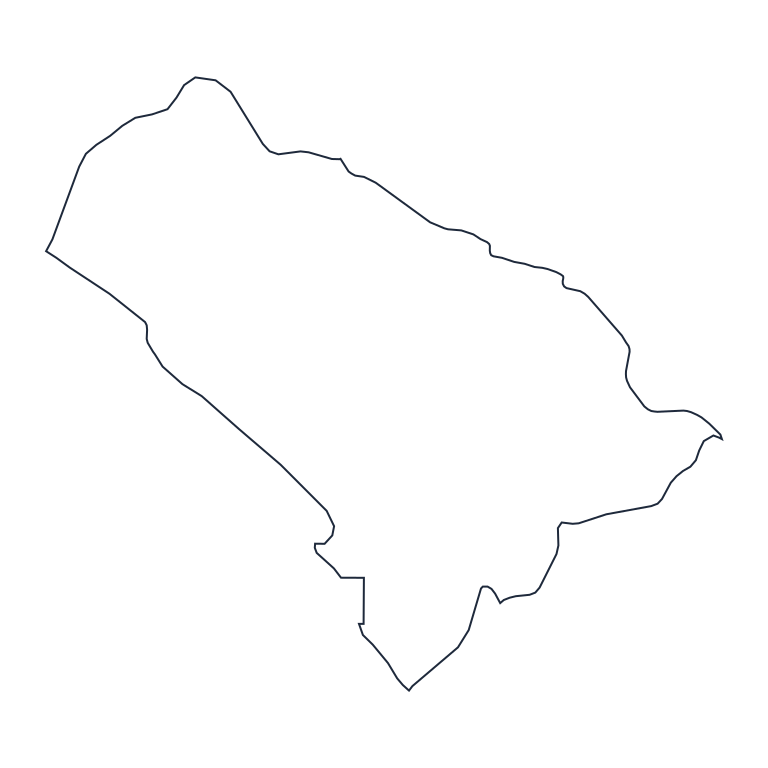 the Region of Kouilou
{"feature_id": "COG-3343", "entity_name": "Kouilou", "entity_type": "Region", "adm_level": 1, "iso_a3": "COG", "parent_name": "Republic of the Congo", "parent_adm1": "", "projection": "albers", "projection_center": [12.097, -4.264], "detail": "fine", "context": "isolated", "style": "outline", "palette": "slate", "viewbox_px": 768, "rotation_deg": 0, "n_neighbors": 0, "source": "natural_earth", "source_scale": "10m", "svg_char_len": 1915}
<svg xmlns="http://www.w3.org/2000/svg" viewBox="0 0 768 768"><path d="M721.9,439.1L719.0,437.6L713.4,435.5L703.8,441.1L699.2,450.5L695.9,460.2L690.4,466.7L683.1,470.9L676.5,476.2L670.8,482.7L662.0,499.0L657.6,503.7L651.2,506.1L606.3,514.3L578.7,523.3L572.7,523.8L561.7,522.5L557.9,528.1L558.4,545.5L556.5,554.0L539.6,587.6L535.3,592.6L529.6,594.8L515.8,596.2L509.7,597.7L503.8,600.0L500.2,603.1L495.1,593.6L491.5,588.9L487.6,586.6L482.8,586.6L481.0,588.5L468.7,630.1L458.0,647.3L412.4,686.1L409.0,690.6L402.8,685.0L397.2,678.4L388.0,663.1L372.8,644.7L362.9,635.0L359.0,623.9L363.6,623.9L363.9,577.8L341.0,577.7L333.9,568.4L316.7,552.9L314.8,547.8L315.1,543.7L324.6,543.8L332.3,535.4L334.1,526.2L326.7,510.9L280.7,464.8L238.7,428.8L201.7,396.1L182.5,384.2L162.6,366.6L154.9,354.3L153.0,351.7L147.7,342.8L146.7,338.9L147.1,329.9L146.7,325.3L145.1,322.1L109.4,293.7L69.8,267.6L56.2,257.7L46.1,251.2L52.4,239.4L79.2,166.6L85.9,153.8L96.4,144.8L110.2,135.8L122.3,125.8L135.3,117.8L152.0,114.4L167.5,109.2L176.5,97.6L184.1,85.1L195.3,77.4L215.6,80.3L230.6,91.8L262.8,143.9L269.6,151.3L278.4,154.3L300.5,151.4L308.6,152.3L331.9,159.0L339.5,159.2L340.5,158.8L348.6,171.5L351.4,173.5L355.2,175.6L364.0,176.9L375.7,182.7L430.1,222.3L444.3,228.3L448.0,229.3L461.3,230.4L473.4,234.4L480.5,239.1L487.0,242.1L489.2,244.0L489.9,245.8L489.8,250.7L490.2,253.2L491.2,255.2L493.5,256.3L501.9,257.8L514.2,261.9L524.7,263.8L534.5,267.0L542.2,267.8L547.5,269.0L556.3,272.1L560.7,274.4L563.0,276.1L563.3,277.1L563.2,278.7L562.7,281.1L562.8,283.8L564.1,286.4L566.5,288.1L580.3,291.2L584.6,293.7L588.2,296.9L621.9,335.6L626.0,342.4L628.6,346.1L629.5,349.1L629.6,351.8L626.0,371.1L625.9,374.1L626.1,377.4L627.0,380.8L630.0,387.3L644.3,406.4L647.9,409.3L651.3,411.0L654.4,411.5L657.4,411.8L683.4,410.6L687.0,411.0L691.1,412.2L697.1,414.9L701.5,417.4L709.2,423.6L720.4,434.6L721.9,439.1Z" fill="none" stroke="#1e293b" stroke-width="2"/></svg>